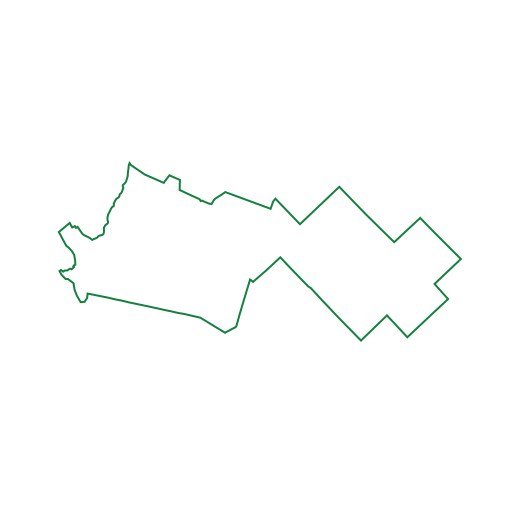 the district of Saelele, Teleorman, Romania, rotated 65°
{"feature_id": "2599482B33376379062775", "entity_name": "Saelele", "entity_type": "district", "adm_level": 2, "iso_a3": "ROU", "parent_name": "Romania", "parent_adm1": "Teleorman", "projection": "albers", "projection_center": [24.736, 43.872], "detail": "fine", "context": "isolated", "style": "outline", "palette": "green", "viewbox_px": 512, "rotation_deg": 65, "n_neighbors": 0, "source": "geoboundaries", "source_scale": "gbopen_adm2", "svg_char_len": 2680}
<svg xmlns="http://www.w3.org/2000/svg" viewBox="0 0 512 512"><g transform="rotate(65 256 256)"><path d="M147.3,410.9L151.0,424.6L154.4,424.3L158.9,424.1L162.1,423.9L166.7,423.6L167.9,422.9L168.1,422.8L169.3,422.2L171.9,421.4L173.8,420.8L178.2,420.3L183.8,421.9L187.5,423.4L187.4,424.4L188.1,425.9L189.0,425.6L190.1,428.7L188.9,429.9L189.3,433.3L188.3,435.6L188.7,437.3L186.3,438.6L186.6,440.4L190.9,440.2L196.3,438.3L197.4,436.1L198.0,435.8L203.6,432.9L209.9,434.7L216.5,435.1L221.5,434.6L222.9,434.5L223.7,434.4L223.9,434.0L225.1,430.8L222.7,426.8L218.9,424.5L231.2,407.7L235.3,402.6L239.8,396.4L244.6,390.4L248.7,384.9L256.7,374.2L259.0,371.2L261.8,367.5L266.8,361.0L270.2,356.4L272.5,353.5L275.3,349.8L278.0,345.8L281.3,341.6L288.4,332.5L312.5,316.5L312.4,316.2L311.8,304.5L311.7,304.4L311.0,303.2L302.8,296.2L295.3,289.6L274.8,271.3L275.0,271.1L278.2,269.7L277.8,268.3L273.4,252.9L267.7,235.2L267.5,234.5L276.4,231.6L295.4,225.1L305.7,221.5L308.0,220.0L308.1,219.9L308.8,219.7L320.6,215.9L323.2,215.1L344.1,208.1L350.9,205.8L368.9,199.4L377.0,196.6L365.2,162.4L393.1,153.3L393.6,153.2L384.5,125.6L376.2,100.1L356.8,106.0L348.1,80.0L345.3,71.6L308.7,84.9L291.8,90.8L290.9,91.1L301.5,123.7L301.9,124.9L264.7,138.8L246.5,145.1L228.7,151.2L228.5,151.3L245.5,201.9L245.8,202.7L212.8,214.0L212.3,214.1L213.3,216.4L214.5,218.2L215.5,219.0L219.4,222.8L195.9,246.1L185.4,256.5L185.1,256.8L185.7,260.3L185.8,260.7L186.8,268.7L187.2,270.0L190.1,274.4L188.4,276.7L186.3,278.6L183.4,281.2L182.9,281.6L182.9,282.8L180.6,283.2L173.6,289.2L163.9,297.3L154.9,292.8L147.7,299.2L146.3,300.4L149.6,306.7L150.7,308.7L135.1,322.4L125.4,328.2L120.3,331.1L118.4,331.3L118.9,331.9L119.7,332.7L120.9,333.5L122.3,334.3L126.9,337.2L129.5,338.6L130.4,339.4L131.3,340.2L133.8,342.5L134.8,344.5L135.4,346.6L135.6,346.8L136.1,347.2L137.9,347.4L138.5,347.6L139.3,348.6L140.6,349.9L141.3,350.6L142.1,351.8L142.4,353.1L142.7,353.6L144.1,354.6L144.5,355.0L144.9,356.3L145.1,357.9L145.3,358.7L145.8,359.4L147.9,362.2L148.4,362.8L149.7,363.2L150.6,363.9L150.8,365.0L150.9,365.9L151.7,367.2L153.0,368.8L154.7,370.9L156.0,372.5L158.7,374.6L161.2,375.5L162.7,375.7L163.5,376.3L163.9,377.0L164.2,378.9L164.7,380.0L165.2,380.6L165.9,381.7L166.6,382.1L167.5,382.6L168.6,383.0L169.7,383.5L170.9,384.4L171.5,384.9L171.9,385.9L171.7,387.8L171.4,389.3L171.5,390.3L171.6,390.9L171.9,391.5L172.3,392.6L172.2,394.8L172.1,395.7L172.1,396.9L172.2,397.6L171.9,397.9L171.1,398.2L170.1,398.6L168.9,399.4L167.1,400.8L165.9,401.8L164.8,402.7L164.3,403.0L162.7,404.0L158.4,404.7L155.8,405.1L154.2,405.4L154.4,407.3L152.3,407.6L152.5,410.5L149.9,410.7L148.4,410.8L147.3,410.9Z" fill="none" stroke="#15803d" stroke-width="2"/></g></svg>